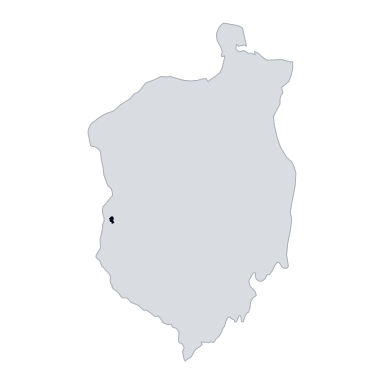 location of Rozavlea, Maramures, Romania, rotated 270°
{"feature_id": "2599482B19056490383889", "entity_name": "Rozavlea", "entity_type": "district", "adm_level": 2, "iso_a3": "ROU", "parent_name": "Romania", "parent_adm1": "Maramures", "projection": "natural_earth1", "projection_center": [24.205, 47.737], "detail": "fine", "context": "in_parent", "style": "filled", "palette": "ink", "viewbox_px": 384, "rotation_deg": 270, "n_neighbors": 0, "source": "geoboundaries", "source_scale": "gbopen_adm2", "svg_char_len": 4499}
<svg xmlns="http://www.w3.org/2000/svg" viewBox="0 0 384 384"><g transform="rotate(270 192 192)"><path d="M307.4,215.0L311.2,219.7L316.1,222.2L327.2,224.8L328.2,224.5L328.3,224.0L327.5,223.3L327.3,222.4L327.9,221.4L329.4,221.3L331.9,222.3L336.6,220.9L343.6,217.1L350.0,216.4L355.9,218.6L359.0,221.2L361.0,223.6L360.4,226.7L360.1,228.5L358.7,236.3L357.7,239.3L356.1,242.5L337.9,246.4L339.0,244.6L338.5,241.3L337.7,238.8L339.4,236.6L335.3,235.7L333.5,237.0L332.1,239.1L333.5,244.1L331.5,246.8L330.8,248.3L330.7,251.9L329.6,253.5L329.4,255.2L332.3,254.7L331.0,257.9L325.7,263.9L323.8,267.4L324.5,281.6L322.2,290.1L322.1,292.6L316.2,292.7L314.5,292.5L309.0,291.2L302.7,289.0L299.0,284.6L296.7,281.5L291.4,282.9L290.4,282.5L289.0,281.0L285.0,280.0L280.1,280.0L269.1,274.2L267.8,273.3L259.3,274.2L246.4,277.1L236.6,280.6L226.4,286.8L222.4,291.5L217.6,294.0L210.8,295.9L198.6,295.2L185.9,292.8L172.3,290.2L165.0,291.7L155.0,290.6L140.0,287.6L128.9,286.6L117.8,288.4L116.0,287.1L115.6,285.5L116.0,283.3L117.6,281.5L120.3,280.1L121.7,278.7L121.8,277.3L118.9,275.1L112.8,272.0L110.2,270.1L109.6,269.6L109.5,267.8L108.2,266.5L105.8,265.5L104.0,263.7L102.7,261.1L103.0,258.6L104.9,256.3L107.3,255.3L110.2,255.6L111.4,255.0L110.9,253.3L108.1,251.3L102.9,248.8L97.7,250.1L92.2,255.4L88.4,256.2L86.0,252.7L81.8,250.6L75.8,249.9L72.0,248.6L70.6,246.5L68.0,245.0L62.2,243.3L62.1,241.7L63.1,241.3L65.2,241.2L67.9,240.8L68.4,239.9L68.4,239.1L66.3,238.1L64.0,237.3L62.9,236.6L62.2,235.8L62.0,235.0L62.7,234.5L63.6,234.4L64.5,233.9L65.0,232.0L66.2,230.4L67.1,229.9L67.0,228.7L66.1,227.6L64.9,226.7L63.2,226.1L57.6,224.5L54.8,222.2L53.1,222.1L50.4,220.8L47.5,218.9L45.0,216.0L42.3,214.2L41.6,213.5L41.5,212.7L42.1,212.0L42.1,211.1L41.4,208.3L41.9,205.4L41.8,202.7L41.8,201.4L41.3,201.1L40.8,201.5L40.1,202.0L39.4,202.1L37.5,200.1L35.0,196.0L33.3,194.7L29.9,192.8L27.1,191.2L25.1,187.8L23.0,185.2L24.5,184.1L32.6,182.6L36.3,184.1L38.0,183.5L39.7,182.3L40.6,181.3L40.8,180.3L41.6,179.0L44.3,178.4L51.5,179.2L54.5,177.3L55.6,176.3L56.3,174.2L57.0,172.4L59.6,171.5L59.6,169.9L59.2,168.1L60.8,164.2L61.7,162.6L63.2,162.1L65.0,160.8L68.1,158.3L67.4,156.1L68.0,154.4L71.2,150.4L73.7,146.6L73.7,144.6L74.1,143.0L76.2,141.1L78.5,138.7L81.5,131.2L82.6,130.0L84.6,128.5L86.0,127.1L86.2,122.2L87.6,120.8L90.2,119.2L92.8,116.6L95.0,113.6L96.6,112.2L98.8,111.8L101.1,110.6L103.7,110.2L106.2,110.7L107.8,110.4L110.3,109.0L116.5,103.4L117.3,102.3L118.6,101.6L123.6,99.7L124.9,97.7L126.6,96.0L128.9,96.2L136.1,100.4L143.9,100.1L145.3,100.3L145.7,100.4L146.7,100.7L157.0,102.8L158.6,102.6L159.1,102.4L163.2,104.2L166.9,103.9L170.4,102.7L174.0,102.3L177.4,103.0L179.9,105.5L186.5,110.7L188.5,112.6L191.5,112.3L194.9,111.4L198.2,107.9L208.6,104.0L216.5,103.0L224.2,101.4L233.2,100.3L235.8,97.1L237.2,94.9L238.1,90.8L242.9,89.6L247.5,88.8L249.1,88.3L252.5,88.1L255.1,88.5L259.1,90.5L261.9,93.0L263.1,95.0L265.5,97.8L268.1,101.8L270.9,107.1L271.6,109.7L272.7,112.6L274.8,116.1L278.8,120.0L279.4,120.8L281.2,123.5L284.8,129.6L287.7,132.0L290.3,134.7L291.6,137.4L293.4,139.8L297.7,143.0L301.2,145.9L304.2,154.3L306.2,158.2L307.5,161.1L307.0,167.1L307.8,169.7L306.3,174.4L303.6,183.8L303.0,191.3L303.5,195.4L303.7,198.0L304.4,199.7L305.2,203.1L305.4,206.1L304.3,206.9L302.9,207.6L302.4,208.3L303.7,209.6L305.6,212.1L307.4,215.0Z" fill="#d9dde1" stroke="#a8b0b8" stroke-width="1"/><path d="M162.0,113.1L162.3,112.9L162.5,112.8L162.7,112.7L162.8,112.7L163.0,112.7L163.4,112.5L163.4,112.4L163.5,112.3L163.6,112.2L163.8,112.1L164.0,112.0L164.3,112.0L164.4,111.9L164.5,111.9L164.5,112.0L164.8,112.1L165.0,112.1L165.1,112.3L165.1,112.5L165.1,112.8L165.1,113.0L165.3,113.0L165.5,113.1L165.8,113.1L165.9,112.9L166.0,112.9L166.2,112.7L166.3,112.5L166.3,112.4L166.5,112.3L166.8,112.3L166.8,112.2L166.8,111.9L166.7,111.8L166.7,111.7L166.8,111.6L166.8,111.4L166.7,111.4L166.5,111.2L166.4,111.2L166.2,111.1L166.0,110.9L165.9,110.9L165.8,110.7L165.7,110.7L165.6,110.8L165.5,110.7L165.4,110.7L165.2,110.5L165.2,110.4L165.1,110.5L164.9,110.6L164.7,110.7L164.6,110.4L164.4,110.4L164.4,110.5L164.2,110.6L164.0,110.4L163.9,110.4L163.7,110.4L163.4,110.4L163.4,110.5L163.2,110.6L163.1,110.8L162.9,110.8L163.0,110.8L162.9,110.8L162.8,111.0L162.9,111.3L162.9,111.5L163.0,111.5L162.9,111.7L162.9,111.8L162.7,111.9L162.7,112.0L162.4,112.1L162.2,112.1L161.9,112.1L161.7,112.2L161.7,112.3L161.4,112.4L161.4,112.5L161.2,112.5L161.3,112.7L161.3,112.8L161.4,113.0L161.5,113.0L161.8,113.0L162.0,113.0L162.0,113.1Z" fill="#0f172a" stroke="#020617" stroke-width="1.5"/></g></svg>